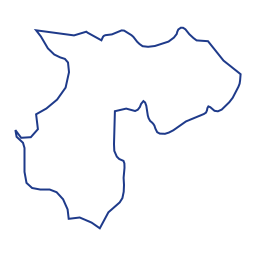 outline of Durrës
{"feature_id": "ALB-1494", "entity_name": "Durrës", "entity_type": "County", "adm_level": 1, "iso_a3": "ALB", "parent_name": "Albania", "parent_adm1": "", "projection": "mercator", "projection_center": [19.648, 41.417], "detail": "fine", "context": "isolated", "style": "outline", "palette": "blue", "viewbox_px": 256, "rotation_deg": 0, "n_neighbors": 0, "source": "natural_earth", "source_scale": "10m", "svg_char_len": 1402}
<svg xmlns="http://www.w3.org/2000/svg" viewBox="0 0 256 256"><path d="M68.7,218.8L67.6,209.4L63.1,199.3L56.6,192.2L49.6,189.5L40.1,189.5L32.1,188.0L26.5,182.9L24.5,171.9L24.5,148.0L23.0,142.8L16.6,136.8L15.4,130.1L21.1,137.8L30.8,137.2L37.9,129.2L36.1,114.3L46.4,108.5L57.1,99.6L65.6,87.6L69.0,72.2L68.0,62.5L64.9,58.9L60.2,57.4L54.2,54.5L47.9,48.4L40.9,36.5L36.1,30.3L74.0,35.4L86.3,31.7L87.6,32.7L101.4,40.3L103.0,36.8L103.8,35.9L105.3,35.2L111.9,34.4L121.6,30.4L124.1,30.6L131.5,35.2L133.4,36.9L137.1,41.7L139.5,44.0L142.6,46.2L148.1,46.8L154.9,46.0L168.5,41.6L173.9,37.6L176.7,34.0L177.3,31.7L178.3,29.5L180.9,27.7L183.1,27.8L185.4,29.3L189.3,34.2L193.4,38.0L196.6,40.4L208.0,41.2L223.5,60.6L240.6,74.2L240.1,80.4L239.6,83.7L238.4,86.8L232.7,97.8L229.2,102.3L221.7,109.6L217.9,111.3L214.5,110.8L210.3,107.2L208.4,106.4L207.4,108.1L207.0,110.3L206.0,112.6L203.9,114.0L186.0,121.4L173.3,130.3L168.8,132.6L165.0,133.8L159.8,133.6L157.2,132.2L155.4,128.6L154.4,125.6L153.3,123.9L152.1,122.6L150.1,120.9L148.6,118.2L147.8,115.5L146.3,105.8L145.1,102.5L143.4,101.1L141.1,103.9L139.9,107.0L137.8,109.7L135.1,111.0L126.2,108.6L114.9,111.2L114.0,144.1L114.3,150.9L116.8,156.6L119.2,159.0L123.5,160.9L124.4,163.5L124.5,167.9L123.6,177.8L124.0,185.0L123.7,191.8L122.4,198.1L119.7,202.4L108.4,212.3L99.8,228.3L91.6,222.6L79.7,217.5L68.9,218.8L68.7,218.8Z" fill="none" stroke="#1e3a8a" stroke-width="2"/></svg>